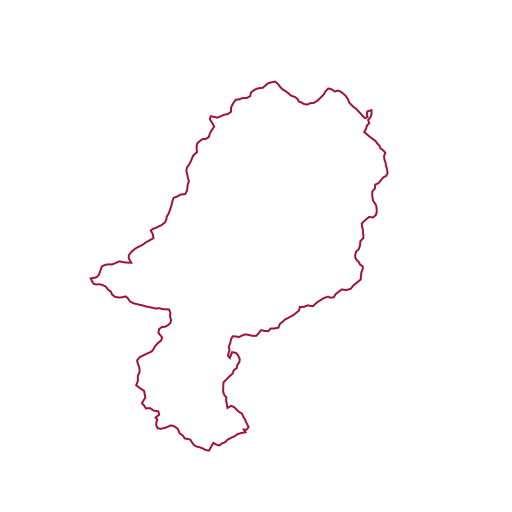 the district of Baependi, Minas Gerais, Brazil, rotated 237°
{"feature_id": "56859067B1799797383135", "entity_name": "Baependi", "entity_type": "district", "adm_level": 2, "iso_a3": "BRA", "parent_name": "Brazil", "parent_adm1": "Minas Gerais", "projection": "orthographic", "projection_center": [-44.832, -22.017], "detail": "fine", "context": "isolated", "style": "outline", "palette": "rose", "viewbox_px": 512, "rotation_deg": 237, "n_neighbors": 0, "source": "geoboundaries", "source_scale": "gbopen_adm2", "svg_char_len": 4572}
<svg xmlns="http://www.w3.org/2000/svg" viewBox="0 0 512 512"><g transform="rotate(237 256 256)"><path d="M327.2,105.2L323.7,104.7L321.1,104.7L319.2,106.4L317.8,108.9L315.7,111.2L312.5,113.2L308.0,113.7L305.0,114.9L302.1,114.3L298.4,115.6L295.8,118.4L294.3,121.2L293.1,124.7L290.3,125.5L286.4,125.6L283.1,127.5L279.0,131.3L276.4,133.9L273.9,136.0L271.2,138.7L268.6,141.4L266.5,143.3L264.9,146.5L262.2,148.9L260.4,151.4L258.5,154.0L255.1,153.3L252.2,151.0L248.3,149.8L246.5,147.7L245.9,144.7L246.2,141.1L247.7,138.4L247.5,135.0L244.6,132.2L242.1,132.6L238.9,132.9L236.9,130.6L236.3,126.0L235.3,122.1L233.7,119.3L232.8,116.7L233.2,113.4L233.8,109.0L234.5,103.4L233.2,99.4L229.9,98.2L226.3,97.5L223.8,96.3L221.6,94.6L219.9,91.6L215.8,89.1L212.8,85.1L208.3,86.7L203.8,88.7L200.3,87.2L197.5,86.1L196.3,83.4L194.6,80.1L191.7,80.7L188.3,80.6L186.0,84.4L182.0,86.0L179.0,89.5L175.6,88.3L175.2,83.8L172.4,84.1L170.7,81.7L168.2,80.1L165.1,79.7L162.8,82.2L161.2,87.0L160.3,92.4L157.7,94.7L153.6,96.3L148.9,95.4L145.1,96.8L141.7,96.9L139.9,99.0L137.7,100.9L133.8,100.8L130.5,101.2L128.3,102.6L126.2,104.6L123.7,106.5L120.6,108.1L118.4,110.7L120.8,115.1L122.5,118.5L119.4,120.0L117.1,122.0L117.4,125.1L116.7,128.3L117.4,132.0L117.1,136.0L116.5,139.8L116.7,143.3L115.6,147.2L113.9,151.2L117.1,151.2L115.5,153.5L116.5,156.6L120.4,157.0L124.5,157.7L127.9,157.8L131.5,158.4L134.8,156.7L138.3,156.0L141.2,155.3L143.9,153.5L144.1,149.3L148.4,151.2L151.5,152.4L153.4,154.1L156.4,153.7L159.8,154.4L163.6,156.9L167.7,159.9L168.8,164.6L169.7,169.1L170.1,172.2L172.4,175.4L172.4,178.6L174.9,181.2L176.1,184.3L178.4,186.2L182.4,186.9L185.7,186.4L188.4,183.5L186.6,181.1L184.7,178.6L187.7,178.2L189.6,180.3L191.5,182.5L194.8,183.8L197.0,186.9L199.8,189.7L201.3,192.7L199.7,195.1L197.3,197.5L196.9,201.1L196.0,204.6L192.9,207.7L190.6,210.0L188.9,212.9L190.0,216.7L191.0,220.1L188.4,222.4L186.3,225.4L187.2,228.8L185.5,231.4L183.7,235.7L186.0,239.0L186.4,243.0L187.0,246.1L186.5,248.9L186.4,251.8L186.1,254.6L186.4,258.6L186.9,262.5L189.5,265.1L187.2,268.4L186.5,272.4L184.5,274.5L182.8,276.6L183.5,279.3L183.9,282.5L183.8,286.2L183.8,289.6L182.7,294.2L180.4,295.8L179.0,298.7L180.6,301.9L181.0,305.8L181.2,309.8L178.4,312.9L176.9,317.5L178.2,321.4L178.8,326.7L179.3,331.1L181.9,333.0L184.8,335.4L187.2,338.7L189.4,339.9L192.0,338.6L194.9,338.9L198.0,338.2L200.7,338.4L202.9,339.8L205.1,342.3L205.8,346.0L208.3,349.1L211.6,351.6L212.5,355.7L215.0,357.4L217.4,358.5L219.8,359.9L222.8,360.9L225.6,362.3L226.3,365.3L226.7,368.1L227.2,372.0L224.5,375.3L225.3,379.3L227.6,381.5L230.1,383.0L232.7,384.2L235.3,384.4L238.8,384.3L243.6,386.5L246.8,388.7L247.9,392.5L250.9,394.8L250.4,398.6L251.6,402.4L252.6,405.4L252.3,408.5L253.7,411.4L256.1,412.6L258.9,413.7L261.3,414.3L263.7,415.5L266.8,416.2L270.0,417.7L272.1,420.7L275.7,420.1L278.6,419.0L281.7,419.6L284.4,418.9L287.3,418.9L290.4,417.7L294.9,416.1L298.2,415.1L301.1,414.3L302.7,417.6L305.0,420.1L305.7,423.3L309.0,424.1L309.9,427.4L312.0,430.1L315.4,432.3L316.6,428.1L314.5,426.1L311.9,425.3L312.2,422.5L315.4,421.7L318.6,421.3L321.2,420.8L325.0,420.1L328.0,418.9L330.5,418.4L333.7,417.7L337.1,418.5L341.4,418.4L344.8,417.6L347.4,416.6L350.0,415.0L351.0,411.7L354.9,410.0L357.1,407.9L356.4,404.4L354.5,400.5L353.6,396.4L352.8,392.1L353.0,387.5L354.5,385.0L355.1,381.4L357.4,379.0L360.0,377.7L362.2,376.0L365.0,376.4L367.9,375.4L371.3,372.8L375.0,371.7L378.0,370.7L381.0,369.2L383.7,368.5L388.6,368.0L391.8,367.0L393.4,363.3L394.3,359.8L393.8,356.7L393.4,353.2L394.7,350.8L395.9,347.7L396.2,344.4L395.8,340.7L393.3,338.3L393.5,334.3L395.9,330.4L396.6,326.9L398.1,324.3L397.2,321.6L395.7,318.5L393.8,315.6L390.6,313.7L390.4,309.7L392.0,305.8L392.4,302.4L393.1,298.9L395.7,296.4L397.8,294.2L396.2,292.0L393.7,291.7L390.8,291.7L387.3,291.4L385.6,287.3L383.7,283.8L381.5,281.3L381.5,277.7L383.1,275.1L383.0,271.5L382.5,268.1L380.6,266.1L377.7,264.4L375.3,263.1L374.4,258.0L372.8,255.6L371.2,253.4L369.2,249.8L367.6,246.0L365.0,243.8L361.8,242.8L358.6,241.4L355.1,240.4L353.4,238.0L351.4,236.3L348.5,233.8L346.5,230.4L348.5,226.4L348.9,222.0L349.6,218.6L347.6,215.9L344.3,212.4L341.8,209.3L339.3,206.1L337.7,202.7L335.8,201.0L333.9,198.4L333.3,193.4L333.9,190.3L334.1,187.1L334.9,184.3L334.7,181.6L330.8,181.4L326.8,179.8L327.1,175.5L327.4,171.3L327.2,167.3L327.5,163.9L327.9,160.8L327.8,156.9L327.1,153.0L325.8,149.7L323.4,148.0L318.3,147.7L319.9,145.4L322.3,142.2L326.0,138.4L326.5,134.6L327.4,130.6L329.7,127.1L330.9,124.3L331.2,121.1L328.8,118.0L325.9,114.2L325.0,110.8L326.1,107.8L327.2,105.2Z" fill="none" stroke="#9f1239" stroke-width="2"/></g></svg>